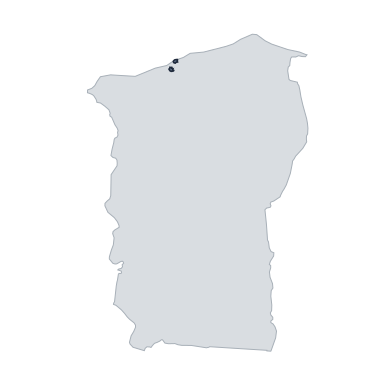 Awutu Senya East, Central, Ghana (highlighted), rotated 184°
{"feature_id": "2480657B20036139360918", "entity_name": "Awutu Senya East", "entity_type": "district", "adm_level": 2, "iso_a3": "GHA", "parent_name": "Ghana", "parent_adm1": "Central", "projection": "albers", "projection_center": [-0.477, 5.487], "detail": "fine", "context": "in_parent", "style": "filled", "palette": "slate", "viewbox_px": 384, "rotation_deg": 184, "n_neighbors": 0, "source": "geoboundaries", "source_scale": "gbopen_adm2", "svg_char_len": 4355}
<svg xmlns="http://www.w3.org/2000/svg" viewBox="0 0 384 384"><g transform="rotate(184 192 192)"><path d="M240.0,33.0L243.2,36.0L243.9,37.7L242.7,44.3L240.4,48.8L238.9,53.1L239.1,55.3L240.6,57.4L245.4,60.7L247.9,62.9L250.8,66.2L254.2,69.5L260.0,73.7L262.5,74.4L262.4,75.6L261.6,77.2L261.0,92.9L260.6,97.0L260.2,99.0L259.7,104.9L259.1,105.7L258.0,105.7L257.0,105.9L256.7,107.0L257.1,108.2L260.6,109.1L259.8,110.0L257.3,110.8L256.1,112.5L256.6,114.6L255.2,116.2L255.6,117.3L256.5,118.1L258.0,117.8L262.0,115.1L263.7,114.8L265.9,115.3L269.8,119.4L269.9,121.5L268.4,128.4L266.8,133.7L266.5,140.9L268.2,144.9L268.0,147.0L266.2,148.9L262.2,151.7L262.5,153.6L264.3,157.1L267.7,161.0L274.4,165.8L277.9,172.1L278.0,174.6L275.9,177.2L273.6,179.4L272.8,182.7L273.9,203.7L268.6,212.9L268.6,215.5L269.1,218.6L270.5,220.4L273.2,220.9L275.4,222.7L274.7,229.1L273.5,235.7L273.3,238.8L272.7,240.3L270.6,241.6L269.8,243.6L270.4,246.2L270.0,248.1L271.1,250.5L273.5,253.6L277.4,261.1L278.9,261.7L279.5,263.3L279.1,264.8L280.6,268.2L284.9,271.5L289.5,274.4L293.1,274.8L294.0,277.5L296.4,280.8L298.1,282.2L300.9,283.2L303.2,283.7L303.3,286.5L299.2,288.4L296.4,291.3L294.3,295.8L291.4,300.6L281.3,303.2L277.4,303.2L256.7,303.4L237.3,313.0L226.1,316.4L219.2,321.8L210.0,325.6L203.5,330.2L190.1,332.4L168.1,339.7L161.2,342.6L154.2,347.7L142.8,353.6L138.4,353.5L129.5,347.9L122.8,345.1L106.5,340.8L94.4,339.1L88.5,337.2L86.9,336.9L88.3,334.9L91.7,334.8L95.2,335.4L97.9,333.9L101.9,333.7L102.9,332.1L103.3,328.1L103.3,324.9L104.7,323.4L105.0,319.6L103.1,311.1L101.7,310.1L94.6,308.9L94.1,307.2L92.8,305.5L91.5,301.1L90.0,294.6L87.5,286.5L82.8,273.2L81.6,268.5L80.8,263.7L80.7,258.0L81.7,255.9L81.6,252.9L81.1,250.0L84.5,243.3L91.1,235.0L92.5,232.0L93.8,230.0L94.0,227.0L95.2,217.4L98.4,205.7L100.4,201.3L101.7,199.0L103.3,195.1L103.8,193.3L109.8,188.7L112.6,187.5L113.2,185.7L112.3,183.8L112.7,182.4L114.2,181.8L116.4,181.2L118.0,179.4L115.5,165.0L113.5,150.7L113.4,149.5L112.2,147.5L111.0,141.6L109.0,138.1L106.1,137.1L106.1,133.8L109.0,128.4L109.8,125.1L108.4,124.2L108.2,121.7L109.2,117.6L108.7,115.1L108.2,112.4L105.3,106.2L104.6,101.8L106.1,99.2L106.1,93.5L104.5,84.8L104.3,79.2L105.4,76.9L104.8,74.8L102.7,72.7L102.5,70.6L104.4,68.7L104.2,67.2L101.9,66.0L99.8,63.3L98.0,59.1L98.4,52.3L101.9,39.7L102.3,38.7L106.2,38.7L106.2,39.3L118.3,39.2L132.2,39.1L148.7,39.0L163.7,38.9L164.3,38.3L166.8,37.6L182.0,38.9L191.5,38.3L195.5,38.7L198.4,39.6L205.0,39.0L208.5,39.4L211.1,42.5L212.2,42.5L213.6,41.1L216.2,39.6L218.9,38.4L220.8,36.0L222.0,34.1L223.7,34.5L226.2,34.4L227.8,32.8L228.5,30.4L240.0,33.0Z" fill="#d9dde1" stroke="#a8b0b8" stroke-width="1"/><path d="M219.6,313.4L219.8,313.3L220.0,313.4L220.1,313.5L220.3,313.7L220.4,313.8L220.5,313.8L220.7,314.0L220.8,314.0L220.7,314.3L220.7,314.6L220.8,314.8L220.7,314.8L220.8,315.0L221.0,315.0L221.3,314.8L221.5,314.8L221.6,314.7L221.8,314.7L222.0,314.7L222.2,314.8L222.4,314.9L222.5,314.9L222.8,314.9L222.8,314.7L222.7,314.6L222.8,314.5L222.8,314.4L222.8,314.2L222.9,313.9L223.0,313.6L223.1,313.4L223.3,313.3L223.5,313.2L223.5,312.9L223.4,312.9L223.2,312.8L223.2,312.7L223.2,312.4L223.1,312.2L222.9,312.2L222.8,311.9L222.7,311.9L222.7,311.7L222.5,311.4L222.4,311.4L222.3,311.2L222.3,311.3L222.2,311.2L221.8,311.1L221.6,311.1L221.3,311.1L221.1,311.0L221.1,310.9L220.9,310.9L220.9,311.0L220.7,311.2L220.4,311.1L220.2,311.1L219.8,311.4L219.7,311.3L219.7,311.2L219.4,311.2L219.2,311.3L218.9,311.5L218.6,311.7L218.4,311.8L218.5,311.8L218.5,312.0L218.8,312.1L219.0,312.1L219.1,312.3L219.3,312.4L219.4,312.5L219.5,312.6L219.8,312.7L219.8,312.8L219.8,313.0L219.7,313.1L219.6,313.4ZM219.8,321.1L219.7,320.7L219.5,320.1L219.3,319.8L219.2,319.7L218.8,319.6L218.4,319.7L218.2,319.5L218.0,319.4L217.9,319.3L217.7,319.3L217.5,319.5L217.4,319.8L217.3,320.0L217.2,320.0L216.9,320.2L216.9,320.3L216.6,320.5L216.4,320.4L216.3,320.5L216.2,320.6L215.9,320.6L215.5,320.6L215.6,320.9L215.6,321.0L215.6,321.3L215.8,321.4L215.8,321.5L216.0,321.8L216.0,322.0L215.9,322.0L216.0,322.2L215.9,322.2L215.9,322.3L215.8,322.5L215.7,322.5L215.6,322.8L215.6,323.0L215.8,323.2L216.1,323.2L216.3,323.2L216.6,323.1L217.2,323.0L217.3,322.9L217.9,322.8L218.0,322.8L218.1,322.7L218.4,322.6L218.5,322.6L218.6,322.4L218.8,322.3L219.0,322.2L219.1,321.9L219.3,321.7L219.4,321.4L219.5,321.3L219.7,321.2L219.8,321.1Z" fill="#64748b" stroke="#1e293b" stroke-width="1.5"/></g></svg>